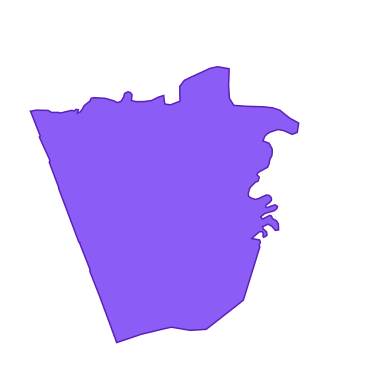 outline of Foni Brefet, West Coast, Gambia, rotated 69°
{"feature_id": "56634734B27150312185582", "entity_name": "Foni Brefet", "entity_type": "district", "adm_level": 2, "iso_a3": "GMB", "parent_name": "Gambia", "parent_adm1": "West Coast", "projection": "equal_earth", "projection_center": [-16.363, 13.217], "detail": "fine", "context": "isolated", "style": "filled", "palette": "violet", "viewbox_px": 384, "rotation_deg": 69, "n_neighbors": 0, "source": "geoboundaries", "source_scale": "gbopen_adm2", "svg_char_len": 2155}
<svg xmlns="http://www.w3.org/2000/svg" viewBox="0 0 384 384"><g transform="rotate(69 192 192)"><path d="M174.1,77.8L174.1,72.4L165.9,67.7L163.5,69.7L157.7,74.6L147.2,80.6L142.3,86.6L138.1,94.7L131.2,111.1L126.1,121.9L118.0,123.5L105.5,119.6L95.5,115.3L90.2,113.2L84.2,123.2L83.0,130.8L83.7,141.2L84.3,150.7L85.0,159.1L88.9,165.5L97.1,168.6L102.9,170.6L102.9,175.4L102.9,180.9L100.2,185.8L96.0,185.0L91.7,183.8L91.4,189.4L92.1,197.0L90.3,204.6L87.6,211.8L84.9,215.8L79.7,213.1L77.0,213.9L75.5,215.9L75.8,219.5L78.9,221.8L81.9,225.8L81.9,229.4L78.6,232.6L73.5,239.4L71.5,243.7L70.7,245.5L68.7,249.9L68.4,252.7L70.5,254.6L72.1,259.8L73.0,262.2L75.4,264.6L77.2,267.8L77.2,269.9L77.2,270.6L74.5,268.6L73.3,270.6L74.2,272.6L72.7,275.0L71.8,281.0L71.3,285.8L71.3,286.2L70.8,286.8L69.8,288.2L67.4,294.6L64.3,297.0L62.0,302.7L59.8,307.8L58.7,313.9L59.2,313.8L85.3,313.6L85.9,314.8L96.8,314.2L109.4,313.4L112.3,313.4L112.9,314.6L139.8,314.8L140.7,315.2L150.2,315.3L169.8,315.4L198.6,315.6L199.3,314.8L200.1,315.2L227.6,315.0L229.5,315.8L232.5,315.8L256.7,315.6L282.1,315.9L305.6,316.3L306.6,290.6L309.6,267.8L310.8,259.7L320.5,243.3L325.3,228.0L314.3,192.1L311.4,182.9L308.3,180.4L297.2,171.7L276.1,155.0L274.7,154.0L267.7,148.4L265.6,148.4L263.4,146.1L261.0,146.1L256.8,152.9L253.3,143.5L254.2,140.7L256.0,140.3L258.4,141.5L259.9,141.5L259.9,139.5L259.3,137.5L256.0,136.7L251.8,138.8L249.6,138.4L249.6,137.2L249.3,132.4L252.9,129.6L257.8,127.9L258.4,124.7L252.6,122.8L249.0,123.6L245.6,126.4L242.9,126.4L241.7,127.7L242.3,133.6L242.4,136.0L239.9,136.8L238.1,131.7L238.7,124.9L239.0,122.1L238.0,118.9L236.2,117.3L233.8,118.9L233.5,122.9L233.5,127.3L232.6,128.5L230.8,127.7L229.6,123.3L228.4,121.0L226.8,120.2L224.7,120.2L222.6,121.4L221.4,123.8L222.0,132.6L221.5,135.8L218.7,139.0L216.6,140.6L213.9,140.2L210.0,137.5L208.1,135.1L205.7,129.5L205.4,126.3L202.3,123.9L199.0,125.2L197.5,123.2L196.9,119.2L195.9,112.4L193.6,110.3L192.9,109.6L189.5,107.7L186.8,104.5L183.8,102.9L180.4,101.7L174.1,102.6L169.8,107.4L168.3,106.2L165.9,103.8L164.7,101.1L164.1,97.5L164.3,92.7L164.6,89.1L167.6,84.3L174.1,77.8Z" fill="#8b5cf6" stroke="#5b21b6" stroke-width="1.5"/></g></svg>